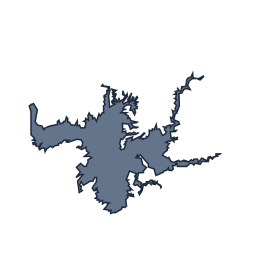 the district of Waduk Cirata, Jawa Barat, Indonesia, rotated 241°
{"feature_id": "22746128B76055711701199", "entity_name": "Waduk Cirata", "entity_type": "district", "adm_level": 2, "iso_a3": "IDN", "parent_name": "Indonesia", "parent_adm1": "Jawa Barat", "projection": "natural_earth1", "projection_center": [107.303, -6.755], "detail": "fine", "context": "isolated", "style": "filled", "palette": "slate", "viewbox_px": 256, "rotation_deg": 241, "n_neighbors": 0, "source": "geoboundaries", "source_scale": "gbopen_adm2", "svg_char_len": 5840}
<svg xmlns="http://www.w3.org/2000/svg" viewBox="0 0 256 256"><g transform="rotate(241 128 128)"><path d="M196.3,54.9L195.3,54.6L195.2,52.3L189.4,51.1L169.1,39.9L163.7,41.3L163.6,38.7L161.8,40.9L160.4,39.2L161.3,37.7L159.5,37.1L158.5,40.0L157.4,38.7L155.2,40.3L154.9,42.0L156.4,43.3L156.4,45.0L153.1,40.0L151.7,40.3L152.3,42.9L150.7,45.2L147.4,44.0L149.1,46.8L149.8,51.2L147.4,52.6L148.0,55.2L146.7,59.0L147.8,59.5L147.9,61.9L147.0,62.1L148.4,66.1L146.1,70.1L145.9,67.3L144.5,68.8L142.9,77.9L140.5,81.1L137.4,81.4L134.7,79.3L134.1,77.7L136.1,75.9L135.8,73.1L135.5,74.6L131.6,77.1L131.6,81.8L128.0,80.6L125.3,81.8L124.3,76.0L121.9,80.5L119.6,81.7L119.6,77.5L117.4,76.5L114.7,72.6L115.8,70.9L120.0,69.4L118.6,63.8L112.7,65.0L109.9,58.5L110.1,64.4L109.1,66.1L106.1,58.3L95.2,54.0L95.4,57.7L97.5,57.0L99.7,59.1L101.2,57.7L103.8,61.1L99.5,61.3L99.8,69.1L98.4,71.4L100.9,75.1L99.8,76.5L96.3,74.2L92.9,67.6L89.5,67.8L89.1,69.5L90.7,70.0L90.7,71.8L87.9,70.4L86.2,71.1L86.5,68.0L82.9,67.7L82.4,65.3L81.2,66.8L79.8,66.1L79.4,68.0L76.5,66.7L77.5,67.6L76.9,70.6L73.9,68.9L74.0,72.1L71.4,75.3L71.6,73.1L70.4,72.5L68.6,67.6L65.8,71.1L64.4,71.0L64.5,73.1L61.6,71.4L61.2,75.0L60.1,75.4L60.1,82.9L61.7,84.9L60.1,86.5L60.4,88.9L66.3,91.2L67.4,94.3L69.4,94.6L65.3,99.7L67.4,100.3L68.2,98.3L69.3,98.9L70.0,96.3L73.6,96.9L72.1,99.6L73.6,100.1L72.2,101.5L77.4,100.3L77.9,101.8L82.3,101.7L82.4,103.0L83.5,101.3L89.6,108.4L83.9,113.4L82.6,110.5L80.4,110.6L75.9,105.4L74.1,106.7L74.1,108.6L70.8,109.6L70.6,112.5L69.7,110.4L67.1,109.7L66.7,106.0L64.1,105.7L66.5,110.1L70.7,113.7L68.9,115.9L70.2,118.6L69.7,120.3L67.2,120.8L68.4,124.7L66.7,123.0L65.3,124.5L66.1,126.1L61.6,128.3L59.9,127.8L60.2,128.6L62.0,128.7L65.5,126.6L67.0,127.6L66.7,124.5L68.7,125.6L69.1,123.2L70.3,124.1L71.5,122.3L70.7,120.2L72.1,118.1L70.7,116.6L72.4,112.3L73.5,113.1L78.6,110.1L79.3,112.1L81.4,112.4L80.9,113.1L83.6,115.6L81.5,120.0L82.9,120.6L84.5,125.0L88.9,123.1L95.1,124.8L98.3,120.5L99.8,123.1L97.6,123.0L98.6,125.8L86.6,128.3L84.0,127.0L79.5,131.0L72.9,129.4L72.2,137.3L73.1,139.1L72.2,141.3L73.6,144.0L71.3,143.3L69.6,145.5L70.2,147.8L73.6,148.7L72.3,150.9L74.3,153.8L70.5,152.5L65.9,160.7L67.0,165.0L65.6,167.2L63.7,167.6L64.8,169.5L61.3,173.5L62.8,176.6L59.7,182.0L62.4,184.2L62.4,185.5L59.9,186.7L60.9,189.4L59.9,192.8L62.3,192.6L61.0,194.1L60.5,195.2L60.7,196.1L62.6,192.5L60.9,191.4L61.3,186.9L63.3,185.9L63.5,183.9L60.8,181.5L65.9,178.0L63.7,172.9L67.1,173.7L68.7,170.7L67.9,168.9L69.6,167.8L68.9,164.7L72.2,161.8L71.2,161.8L72.9,159.9L73.2,157.2L75.2,156.5L75.8,151.1L78.1,149.3L82.4,149.5L82.2,148.4L87.4,144.9L88.9,147.5L89.4,151.6L91.4,152.2L91.0,153.8L93.0,153.4L94.4,156.6L97.2,154.1L97.0,157.8L95.8,158.2L96.3,160.7L93.9,161.5L95.3,162.0L94.1,166.4L95.3,163.8L95.8,167.2L96.5,162.6L97.5,163.5L98.2,160.7L104.2,163.2L101.9,167.7L102.4,169.1L103.3,166.7L106.9,169.0L106.5,174.9L108.8,175.3L113.0,172.0L117.7,176.4L117.3,177.6L122.6,183.7L133.4,189.2L132.5,192.0L134.6,195.3L134.3,198.0L131.4,201.0L136.4,200.9L139.4,204.4L140.1,207.7L138.1,212.1L135.1,214.3L136.2,218.9L137.0,218.9L136.8,213.9L140.2,209.2L144.4,211.0L142.1,207.9L142.6,205.1L141.6,202.7L136.3,198.6L138.1,195.0L134.7,192.4L135.1,191.1L139.5,190.6L136.4,190.6L137.0,187.0L135.1,187.3L134.9,185.0L134.1,186.6L130.9,184.1L131.2,183.1L129.1,184.2L127.2,180.6L124.2,181.4L122.3,178.6L120.2,178.7L120.5,175.8L121.7,175.3L117.5,174.0L115.2,171.6L116.7,170.4L112.2,169.0L110.6,171.6L109.2,171.1L109.2,167.2L107.9,165.5L110.3,166.2L110.9,162.5L109.6,161.6L112.7,159.0L110.7,160.4L108.6,158.9L105.8,159.7L104.6,156.8L104.8,154.5L111.8,155.1L113.0,152.6L117.2,154.3L113.8,150.1L115.4,148.9L113.9,147.4L115.8,145.5L112.4,143.7L110.6,141.1L111.7,139.9L110.3,139.6L110.9,135.6L111.4,136.3L113.2,133.2L115.2,140.1L115.9,139.6L114.7,135.1L115.3,125.0L118.0,127.7L119.3,121.0L117.0,120.4L117.2,118.8L115.8,118.6L115.6,116.8L114.3,117.6L111.8,114.8L112.2,111.4L114.5,111.2L114.8,112.8L118.2,113.1L121.8,116.2L120.6,117.6L122.6,122.7L118.7,131.5L118.7,135.3L119.1,132.5L121.5,131.1L121.7,127.7L122.9,127.3L123.4,124.6L124.3,123.6L126.5,124.4L127.3,121.0L129.3,122.7L129.0,124.1L130.1,123.0L134.6,125.4L131.2,130.3L125.6,129.6L125.9,132.4L124.1,135.3L123.6,137.5L126.3,133.7L130.7,132.7L128.5,137.9L128.6,138.9L132.9,134.1L136.2,134.3L136.5,132.4L138.4,134.2L142.0,132.1L142.1,134.1L144.9,129.1L146.2,133.1L145.0,135.5L147.2,132.9L148.4,134.7L148.8,137.8L147.3,141.0L145.7,141.7L142.7,138.3L141.3,140.2L136.4,140.2L138.2,142.4L141.6,142.6L140.6,145.3L142.2,146.5L144.4,145.1L144.7,147.0L146.4,145.6L145.6,149.9L147.8,146.6L150.0,151.2L151.1,151.0L149.3,147.1L149.7,144.7L152.0,147.9L152.8,147.2L150.5,144.0L149.2,140.4L156.9,148.3L152.9,141.5L151.3,141.6L151.3,135.7L153.1,135.8L156.0,142.8L158.3,143.8L157.3,142.0L158.8,140.7L163.1,141.6L159.9,139.6L156.9,141.1L155.4,137.7L155.2,134.0L159.0,134.5L155.1,133.0L157.9,127.9L158.5,129.1L156.7,130.8L157.5,132.1L160.6,130.8L163.5,134.1L165.7,131.8L166.6,135.9L169.7,132.8L168.3,132.5L166.9,135.2L166.6,131.6L164.7,131.0L163.0,132.7L163.0,129.8L161.5,130.5L160.1,129.4L159.1,126.5L157.0,126.3L155.2,128.2L155.2,122.1L165.4,126.6L170.1,130.8L173.1,131.6L176.8,126.8L178.2,126.9L177.5,125.3L173.6,130.1L170.1,128.9L171.0,127.6L168.2,126.2L167.8,123.1L166.7,123.4L167.3,122.3L163.3,121.1L163.0,119.6L159.7,119.5L159.1,117.2L153.1,114.1L153.8,113.0L152.0,109.6L154.4,109.5L149.1,103.6L153.3,103.7L153.2,101.5L156.1,103.0L157.0,101.3L160.0,101.3L158.2,98.9L153.9,97.2L156.9,95.6L155.2,94.5L155.3,92.5L153.5,94.1L149.1,90.3L151.0,86.7L154.0,86.9L154.3,84.8L158.8,87.1L156.1,82.8L158.5,79.6L161.5,79.6L162.6,78.2L165.3,79.9L167.5,79.5L164.3,76.2L164.9,74.8L164.0,73.9L164.7,70.6L168.3,71.4L167.9,69.4L165.3,68.0L167.7,60.2L168.2,55.1L167.3,53.6L171.4,53.7L174.3,50.4L178.6,49.9L187.8,57.5L195.2,57.2L195.3,54.6L196.3,54.9Z" fill="#64748b" stroke="#1e293b" stroke-width="1.5"/></g></svg>